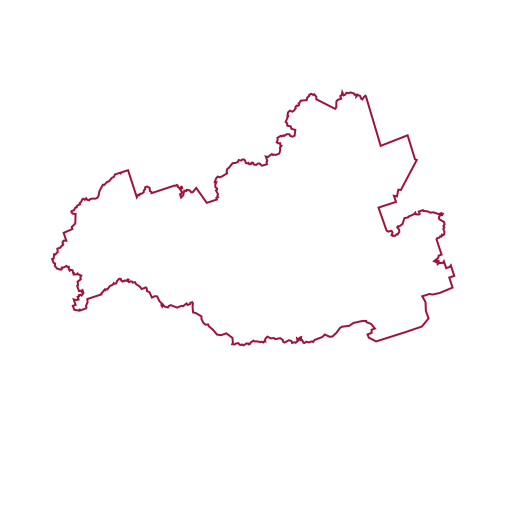 the district of Tablelands, Queensland, Australia, rotated 246°
{"feature_id": "25037944B5935933559707", "entity_name": "Tablelands", "entity_type": "district", "adm_level": 2, "iso_a3": "AUS", "parent_name": "Australia", "parent_adm1": "Queensland", "projection": "orthographic", "projection_center": [145.481, -17.834], "detail": "fine", "context": "isolated", "style": "outline", "palette": "rose", "viewbox_px": 512, "rotation_deg": 246, "n_neighbors": 0, "source": "geoboundaries", "source_scale": "gbopen_adm2", "svg_char_len": 6096}
<svg xmlns="http://www.w3.org/2000/svg" viewBox="0 0 512 512"><g transform="rotate(246 256 256)"><path d="M336.1,68.5L332.2,68.3L330.8,69.4L328.8,68.2L325.3,69.2L322.8,72.3L322.9,73.1L324.4,73.8L323.8,75.4L324.0,78.9L322.7,79.3L322.2,80.6L320.1,79.6L318.4,79.9L318.9,80.8L317.6,82.6L315.0,82.0L314.6,82.6L313.3,81.9L312.1,84.8L312.6,85.9L311.3,86.3L309.2,88.4L307.9,86.8L306.0,86.4L305.1,82.6L301.8,81.6L301.5,80.5L296.0,80.0L295.5,82.3L294.4,82.2L295.1,83.6L292.3,83.3L290.8,80.5L292.0,79.9L292.2,78.2L291.1,77.8L291.2,76.4L288.4,76.2L288.9,73.9L290.5,71.8L284.7,71.3L285.0,68.4L280.8,68.1L278.4,71.6L278.7,73.0L277.8,72.9L277.3,79.4L278.1,80.3L279.5,80.3L282.4,83.4L285.3,84.4L283.8,99.1L284.4,99.1L286.9,104.1L286.1,104.3L286.6,105.6L285.9,106.5L288.0,110.3L288.0,113.5L289.1,115.0L288.2,115.5L287.8,117.1L289.7,118.9L290.9,121.8L290.1,123.2L288.3,122.9L287.0,123.6L287.2,124.6L286.6,125.2L287.0,126.3L286.0,127.7L286.8,129.3L286.3,130.0L285.1,128.7L283.8,129.4L283.9,130.9L283.0,132.4L281.8,132.6L281.3,134.8L279.4,134.9L275.1,137.5L272.3,138.1L272.1,142.6L270.9,143.0L268.3,142.1L266.2,144.0L260.4,144.0L260.4,147.4L259.2,149.3L254.1,149.4L250.9,150.6L249.5,149.5L247.9,149.8L249.2,151.3L247.2,151.8L244.8,154.6L245.8,156.1L245.8,158.1L240.9,163.0L240.8,167.5L239.8,169.0L240.9,173.2L239.1,173.6L238.9,176.3L240.0,177.0L239.7,179.0L238.5,179.1L235.0,177.2L230.0,175.6L228.6,177.6L223.1,181.6L220.4,180.5L216.5,180.7L213.9,181.8L212.9,184.5L211.0,184.3L206.2,186.7L200.1,188.4L197.9,191.8L197.4,197.4L190.8,201.2L186.2,199.6L185.1,198.4L183.9,200.5L184.2,202.1L183.6,204.4L181.6,205.0L180.7,206.4L180.9,207.2L179.4,208.3L180.0,211.7L179.1,213.4L178.3,213.3L178.1,214.6L179.2,216.1L179.7,219.3L178.7,219.7L177.4,222.6L175.5,225.0L175.5,226.1L174.0,227.6L174.6,228.5L174.1,229.7L175.3,229.8L176.7,231.1L177.7,233.6L174.8,236.0L173.7,239.1L172.2,239.8L171.1,244.7L168.4,246.3L166.8,245.9L165.3,246.9L165.7,251.7L163.9,253.8L161.9,253.6L161.6,256.1L160.6,256.9L161.2,259.2L163.8,260.0L161.9,260.9L163.6,262.4L163.5,264.2L160.9,262.8L160.4,264.0L157.3,264.1L156.8,265.0L157.3,266.9L155.6,269.1L155.3,272.4L154.2,273.2L155.5,275.4L155.0,283.7L156.3,286.9L152.2,290.5L151.4,293.2L153.0,298.0L156.1,303.4L156.4,305.8L154.3,312.8L155.2,317.7L153.4,326.7L151.9,330.2L150.6,330.0L147.2,333.5L141.4,335.1L141.6,331.6L138.7,330.3L139.0,326.0L135.6,325.8L129.1,331.0L125.8,360.4L124.1,378.8L128.8,388.3L136.6,388.8L144.9,392.1L151.6,391.5L150.7,399.2L149.1,401.3L147.5,408.6L147.2,422.7L157.7,423.8L157.2,429.0L168.2,430.2L167.2,428.6L167.6,424.8L174.8,425.5L173.7,423.9L175.1,420.4L174.7,418.6L175.6,418.8L176.1,420.2L177.2,420.8L177.8,419.8L177.4,417.8L178.9,416.6L180.1,421.7L182.0,423.0L181.8,426.1L197.8,427.7L198.6,428.7L198.2,431.1L199.1,432.3L198.4,433.2L199.8,434.5L198.9,435.0L199.2,436.7L201.6,438.0L204.5,438.1L205.4,439.6L207.2,439.4L208.3,441.2L210.6,441.6L215.0,438.4L217.0,438.8L218.3,440.6L217.7,442.7L218.5,443.9L219.9,442.6L219.8,440.2L223.9,435.6L224.6,433.0L227.0,430.9L229.1,427.2L230.0,427.1L230.4,422.9L227.9,422.7L227.7,421.5L229.0,419.0L230.8,419.2L229.9,417.2L230.0,411.3L229.4,410.7L230.2,407.0L225.6,402.8L224.8,398.8L225.5,397.7L224.9,396.7L221.9,397.5L219.7,396.7L218.1,393.9L218.7,393.3L217.9,391.5L218.5,389.4L219.6,389.3L219.2,389.0L219.8,388.3L222.0,390.3L223.6,390.1L224.1,389.6L224.4,386.9L226.1,385.6L250.4,387.6L248.5,405.9L254.9,406.5L253.1,409.0L258.7,413.0L257.4,415.2L278.3,441.9L279.8,440.6L304.6,443.6L305.9,414.7L357.4,421.4L358.0,421.1L357.3,419.2L355.8,416.9L356.9,416.1L359.9,416.2L361.7,414.6L360.9,412.5L362.6,413.5L363.2,411.6L364.5,411.7L367.1,408.7L367.0,406.8L368.3,405.0L367.1,402.8L367.1,401.3L370.5,401.4L368.2,399.8L367.8,398.0L365.1,397.8L365.4,394.1L364.5,392.3L359.2,389.8L358.3,388.1L374.7,374.8L376.8,375.9L380.2,374.9L379.9,373.7L381.7,372.4L381.6,370.2L380.7,369.9L379.8,367.1L377.8,365.7L379.7,360.0L378.1,358.0L378.1,357.0L376.3,356.7L376.2,355.1L376.9,354.2L375.9,352.5L374.7,352.3L373.2,349.3L373.0,348.1L375.0,346.1L374.2,343.7L371.2,341.7L370.9,342.3L370.4,341.9L366.4,337.6L364.5,338.4L362.4,337.6L360.3,340.4L357.8,340.1L355.2,343.2L350.2,340.2L350.2,337.8L351.7,336.2L353.6,336.0L354.8,333.6L354.2,330.5L355.0,330.1L355.0,327.8L355.7,327.4L355.2,323.6L353.2,323.0L351.4,321.2L349.9,322.2L349.1,324.0L347.1,323.2L346.3,324.0L345.1,321.8L343.5,321.5L340.9,319.7L340.1,318.6L340.3,315.1L341.3,313.8L341.2,312.7L342.7,312.0L341.6,307.1L342.9,305.4L338.7,305.1L337.5,303.8L335.4,303.3L336.1,298.1L339.2,296.8L339.7,295.0L339.1,293.5L339.9,291.8L341.0,291.0L342.0,291.4L342.8,290.8L343.1,289.8L342.1,288.8L342.5,287.2L344.1,287.0L343.9,286.2L345.0,284.6L347.8,284.8L349.0,284.3L349.7,282.9L349.2,281.3L350.7,279.2L349.3,277.6L349.3,275.6L350.3,272.3L347.6,267.1L347.3,265.3L345.4,263.6L343.3,263.3L342.5,256.8L342.8,254.5L344.1,253.4L343.4,251.5L340.2,248.2L339.3,248.6L339.3,249.5L337.7,247.8L335.4,246.9L333.4,247.9L332.5,247.5L332.2,246.1L327.9,246.4L326.5,245.1L325.2,245.3L325.2,243.4L323.5,243.2L324.6,232.6L342.5,229.1L340.0,224.1L340.5,222.7L342.6,222.2L344.2,220.6L344.6,219.6L343.7,218.8L344.9,217.1L341.1,214.2L339.9,211.4L343.3,211.7L343.2,212.9L344.6,214.4L347.7,213.8L348.0,216.2L349.4,216.2L349.9,216.9L349.0,213.8L350.8,212.7L352.3,213.1L353.1,212.5L352.8,211.2L353.5,210.2L355.9,186.2L356.7,186.6L358.4,185.5L361.5,186.5L363.8,184.7L363.9,183.5L363.8,182.6L362.2,182.0L361.6,180.3L360.1,179.5L359.4,177.3L359.9,175.3L359.0,174.3L359.9,173.4L358.1,171.0L386.4,174.0L387.1,167.5L386.6,165.9L387.3,165.8L387.9,160.3L386.1,158.5L386.0,156.1L384.0,152.0L384.2,150.0L382.7,146.4L383.4,145.1L378.7,139.1L375.8,137.3L373.8,135.1L373.7,132.6L375.1,129.7L375.4,127.2L374.7,126.2L376.1,124.6L377.8,124.3L377.0,122.5L378.4,121.7L378.5,120.5L376.6,118.3L376.1,116.5L374.8,116.2L374.8,113.5L374.2,112.1L373.4,112.0L373.5,110.3L371.8,108.3L372.1,105.9L371.3,105.2L369.1,105.9L367.8,108.3L359.2,104.1L357.4,99.4L355.3,99.2L355.4,89.7L347.1,88.9L348.3,86.4L347.0,84.6L344.9,84.6L344.4,83.8L344.4,82.6L343.2,80.7L343.5,77.5L340.3,76.5L339.0,73.1L339.7,72.3L335.9,70.0L336.1,68.5Z" fill="none" stroke="#9f1239" stroke-width="2"/></g></svg>